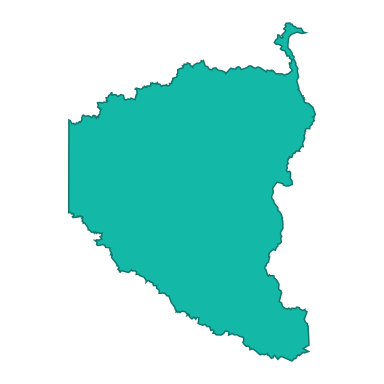 Oriximiná, Pará, Brazil (orthographic projection)
{"feature_id": "56859067B55798525493506", "entity_name": "Oriximiná", "entity_type": "district", "adm_level": 2, "iso_a3": "BRA", "parent_name": "Brazil", "parent_adm1": "Pará", "projection": "orthographic", "projection_center": [-56.798, 0.267], "detail": "fine", "context": "isolated", "style": "filled", "palette": "teal", "viewbox_px": 384, "rotation_deg": 0, "n_neighbors": 0, "source": "geoboundaries", "source_scale": "gbopen_adm2", "svg_char_len": 5880}
<svg xmlns="http://www.w3.org/2000/svg" viewBox="0 0 384 384"><path d="M68.7,212.7L70.3,212.4L72.0,214.2L72.7,213.3L73.8,213.9L73.9,215.5L72.4,216.8L73.0,217.5L77.0,217.2L77.9,216.1L78.8,216.9L80.1,215.9L80.5,216.7L82.6,216.5L83.0,217.6L81.7,218.4L82.7,219.8L82.1,221.0L83.2,221.9L83.2,223.3L84.7,222.9L87.8,227.4L88.3,229.9L89.2,229.8L91.5,232.1L94.1,232.3L94.4,233.2L95.7,232.0L96.4,233.2L96.8,232.7L99.1,232.8L99.4,233.5L102.1,233.1L101.8,235.8L100.1,236.6L101.8,239.0L99.2,240.1L96.8,239.8L96.6,240.5L94.9,240.4L97.1,242.2L96.6,244.7L98.1,245.5L102.6,244.6L104.6,245.2L105.7,247.3L109.9,247.9L110.1,250.9L111.4,252.6L110.6,254.8L112.1,254.6L111.6,257.5L116.7,263.9L117.0,265.8L118.2,265.9L118.8,268.4L117.9,269.3L119.5,270.5L119.5,271.8L120.3,272.1L121.7,270.7L128.6,272.5L131.6,269.7L132.1,270.9L135.4,270.9L136.6,272.0L136.2,274.4L138.9,274.3L139.5,275.4L144.2,277.3L146.3,280.8L146.1,282.2L147.5,280.7L149.2,280.7L149.7,281.7L152.6,282.7L153.5,285.6L156.6,285.6L156.6,288.2L159.3,290.2L159.1,293.3L162.9,293.0L165.4,293.6L166.7,295.7L169.0,296.1L171.2,302.2L175.2,308.0L175.2,309.6L176.3,310.5L176.1,312.0L177.2,311.6L178.0,312.4L178.8,311.5L179.8,312.6L181.8,311.2L185.5,311.8L186.8,313.9L188.1,314.0L187.1,315.6L189.4,314.8L189.4,316.7L192.0,318.9L193.9,317.1L195.8,319.2L196.6,317.6L199.0,317.6L198.1,323.5L202.6,325.2L205.2,324.4L207.1,326.6L209.6,326.6L210.8,330.4L212.7,329.8L214.0,331.5L213.0,333.3L215.0,333.3L216.1,334.8L221.4,335.0L223.8,333.3L224.7,331.4L227.2,331.2L228.8,331.8L228.7,335.1L232.2,333.5L234.4,334.9L236.9,334.7L239.6,336.4L243.3,337.2L243.8,340.9L242.9,342.2L243.5,343.6L246.2,346.4L248.2,346.0L249.6,347.1L250.0,349.7L252.1,348.9L254.1,349.5L260.2,354.9L261.8,353.9L264.6,354.7L267.1,353.6L267.5,355.0L268.8,355.4L271.4,358.3L273.2,357.6L273.4,356.2L274.5,355.3L277.9,359.4L279.6,357.4L281.7,356.5L291.9,361.0L294.3,358.6L295.7,358.6L298.0,354.7L299.3,355.6L303.0,352.4L304.2,352.9L308.6,351.5L303.0,348.6L309.0,345.0L308.1,326.0L307.4,325.8L307.4,323.6L305.6,322.5L304.3,319.2L307.0,311.8L304.7,310.2L304.8,309.5L302.8,310.5L299.9,309.2L299.3,307.6L298.3,307.3L296.5,307.2L295.8,308.6L292.0,308.2L291.0,309.5L288.8,308.1L288.0,308.9L285.3,308.6L282.5,306.5L281.6,303.1L279.2,301.3L281.6,292.6L280.8,290.5L279.5,290.3L278.6,288.5L279.0,284.3L276.6,280.0L274.1,277.8L273.8,275.6L270.4,275.7L269.4,274.8L268.6,276.0L267.7,275.7L266.0,269.8L264.7,268.3L265.1,266.4L266.3,265.7L266.5,263.6L268.5,262.1L269.6,256.4L268.7,256.2L268.7,255.1L269.6,252.7L273.0,249.4L275.3,250.3L276.4,247.2L277.8,246.2L277.8,244.2L279.6,243.9L281.3,242.2L280.7,237.9L281.8,236.4L280.5,234.2L280.6,232.4L282.9,228.3L282.7,220.8L281.8,218.9L282.5,218.4L281.3,214.5L279.6,211.7L277.9,210.7L277.9,207.8L274.2,203.1L273.6,200.5L271.8,198.4L271.6,196.6L273.4,192.3L272.6,188.2L277.0,182.1L282.9,183.6L283.4,185.0L286.1,186.0L288.5,186.0L292.4,184.4L291.9,180.6L290.3,178.6L290.6,172.5L289.5,171.2L287.7,171.9L286.4,170.5L287.3,168.0L286.7,165.2L288.3,163.5L287.4,161.9L288.5,158.3L290.1,157.6L289.7,157.0L291.8,157.4L293.2,153.3L295.0,153.1L296.3,151.0L299.7,151.2L299.1,150.0L301.5,146.6L303.3,146.6L302.6,143.4L304.7,138.3L304.0,135.6L305.0,133.6L304.7,132.1L305.6,131.2L305.0,130.3L306.6,128.4L309.7,128.7L310.0,126.1L312.3,124.1L311.9,122.6L314.4,120.6L313.7,119.7L314.0,117.7L312.9,117.0L314.1,116.7L315.3,114.3L312.9,107.4L308.7,103.6L304.6,102.5L303.8,99.6L304.4,99.2L303.2,98.5L304.1,97.8L302.6,96.5L302.9,95.8L301.9,95.9L299.7,91.0L298.2,89.5L298.9,89.3L298.8,87.8L296.6,80.4L298.6,77.2L297.3,71.0L297.8,68.6L295.6,64.7L295.9,63.4L294.4,60.1L293.4,59.9L294.1,56.9L292.1,54.6L292.1,53.1L290.1,49.8L288.1,48.1L287.8,45.1L288.9,36.8L291.8,34.1L297.0,32.2L302.4,33.5L305.6,32.7L303.4,32.1L301.2,28.3L296.6,28.2L295.4,26.8L293.4,26.2L291.9,24.1L290.2,24.0L290.0,23.0L286.2,23.3L285.1,25.1L286.2,26.2L283.7,28.9L285.6,30.3L285.5,31.3L281.6,35.4L282.9,37.1L282.3,37.9L280.8,37.7L279.3,35.2L277.8,34.9L277.6,38.7L276.1,39.5L274.3,42.5L276.4,44.4L278.0,44.0L281.4,45.7L281.9,46.7L280.4,48.9L281.9,50.1L284.9,50.7L287.0,56.1L288.4,55.8L289.8,56.8L289.6,58.4L291.8,59.6L291.0,63.4L289.4,62.9L289.3,63.7L290.3,66.4L289.8,67.2L291.9,69.5L291.7,71.0L287.8,74.2L286.8,74.0L284.6,75.2L281.8,73.8L275.8,73.8L273.2,70.8L272.0,71.1L271.8,70.1L270.0,70.7L267.1,70.2L266.4,71.8L259.6,67.4L257.9,67.0L255.0,68.4L250.9,65.9L248.6,66.1L247.6,67.3L241.3,69.7L239.9,67.4L238.2,66.7L236.2,67.8L236.0,68.8L234.6,69.1L230.8,68.2L225.6,73.7L225.0,72.2L221.5,70.6L217.9,70.2L216.0,67.9L213.0,68.3L211.8,69.9L208.9,69.0L207.6,66.6L205.2,66.0L203.5,60.7L202.8,61.3L201.3,60.6L201.1,61.9L199.0,63.5L197.4,63.1L195.1,64.3L192.9,66.1L192.7,67.4L189.8,64.9L190.0,63.9L187.3,62.9L186.7,64.4L184.2,64.2L183.6,65.6L182.5,65.9L183.4,66.8L182.6,68.4L181.3,68.1L177.7,69.7L177.8,73.2L176.8,74.5L177.4,75.6L176.2,77.3L172.7,78.4L172.9,80.1L171.6,81.5L171.7,83.3L169.6,83.5L170.1,84.7L168.7,85.6L167.0,85.8L166.6,84.6L164.9,85.6L163.1,85.2L161.5,86.4L159.9,84.2L158.0,84.0L157.4,82.7L156.4,83.9L156.3,83.3L153.5,83.7L152.3,82.8L151.8,83.6L150.9,83.1L150.4,86.1L147.1,85.9L146.5,87.4L144.6,86.5L144.6,87.1L143.3,87.0L142.2,88.7L140.9,89.2L136.2,88.1L135.2,89.1L136.9,90.0L137.0,94.5L136.2,94.9L135.1,99.7L130.9,98.1L130.3,99.4L128.1,98.9L125.8,100.0L124.3,99.2L123.5,95.5L121.0,94.6L117.8,96.5L115.9,94.7L111.8,94.9L112.0,92.9L111.4,92.7L109.8,95.0L108.6,95.5L108.4,97.1L106.0,98.0L106.8,99.1L106.3,100.2L107.7,101.3L106.7,102.2L104.0,102.1L102.0,103.2L101.0,102.5L97.5,102.7L98.3,105.2L97.8,107.2L99.7,108.1L99.3,108.5L100.4,109.6L101.3,109.5L100.1,111.3L99.9,114.2L98.5,115.2L98.4,117.3L97.2,116.5L96.4,118.0L96.1,117.1L95.3,117.3L95.1,115.8L93.3,115.3L91.8,117.7L88.5,115.7L85.9,116.4L83.6,115.1L82.5,115.6L81.7,118.2L82.1,119.5L80.3,122.3L79.4,121.7L78.0,123.3L76.4,123.0L75.8,124.1L74.2,124.5L73.8,123.3L71.7,123.6L70.2,120.6L68.9,120.0L68.7,212.7Z" fill="#14b8a6" stroke="#0f766e" stroke-width="1.5"/></svg>